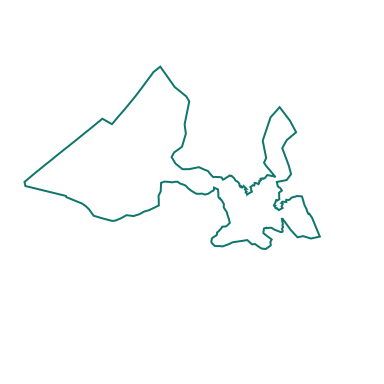 Ijebu Ode, Ogun, Nigeria (Natural Earth projection), rotated 139°
{"feature_id": "59680162B95372959647234", "entity_name": "Ijebu Ode", "entity_type": "district", "adm_level": 2, "iso_a3": "NGA", "parent_name": "Nigeria", "parent_adm1": "Ogun", "projection": "natural_earth1", "projection_center": [3.928, 6.783], "detail": "fine", "context": "isolated", "style": "outline", "palette": "teal", "viewbox_px": 384, "rotation_deg": 139, "n_neighbors": 0, "source": "geoboundaries", "source_scale": "gbopen_adm2", "svg_char_len": 5803}
<svg xmlns="http://www.w3.org/2000/svg" viewBox="0 0 384 384"><g transform="rotate(139 192 192)"><path d="M206.9,133.3L204.5,130.8L197.9,128.3L194.5,127.5L181.8,119.4L181.1,113.2L178.6,111.4L177.7,107.6L176.6,103.7L173.7,100.6L167.7,100.0L167.0,100.8L165.8,102.7L164.3,103.4L163.0,103.9L164.3,109.8L165.1,114.1L164.5,114.8L163.2,115.9L161.6,117.2L161.2,117.2L159.2,116.2L159.3,115.6L157.1,114.2L155.9,113.3L155.4,112.6L154.9,110.7L154.6,109.8L153.5,107.6L152.2,105.2L151.7,104.1L150.9,103.2L150.5,102.9L150.2,102.7L149.8,102.7L149.5,102.8L149.0,103.3L148.6,104.2L148.4,105.0L147.5,105.4L146.7,105.7L146.1,105.8L145.9,107.3L145.0,108.0L144.4,108.2L143.1,110.7L141.8,112.7L141.5,112.4L141.2,112.3L142.4,98.7L142.1,88.6L137.1,85.8L132.7,78.8L124.8,74.5L118.3,93.8L117.7,98.7L118.6,99.0L118.1,100.6L117.6,102.5L116.9,103.5L115.7,108.3L111.9,116.5L115.6,120.3L116.7,120.5L118.4,121.5L120.5,122.4L121.0,122.4L121.7,122.3L122.1,122.3L122.6,122.3L123.1,122.2L123.6,122.2L124.0,122.4L124.3,122.7L124.7,123.0L125.2,123.5L126.0,124.3L126.5,123.8L127.4,122.6L128.2,123.5L128.8,124.1L129.6,124.9L130.0,125.2L130.4,125.3L130.7,125.3L131.0,125.3L131.4,125.1L131.7,125.0L131.9,125.0L131.3,123.5L132.4,122.9L133.0,122.7L133.9,122.3L134.1,120.5L136.0,120.9L137.5,121.2L138.3,121.3L138.4,121.8L138.5,122.7L138.5,123.5L138.6,124.2L139.2,124.2L139.4,125.1L139.1,125.2L139.1,126.0L139.1,127.6L138.4,127.4L138.7,128.2L138.3,128.4L137.8,128.6L137.4,128.8L136.8,129.0L136.6,129.1L136.2,129.2L135.9,129.4L135.5,129.7L135.2,129.9L134.6,130.2L134.2,130.4L133.6,130.7L133.4,130.5L133.2,129.9L133.1,129.5L132.8,129.5L132.4,129.5L132.2,129.4L131.6,129.4L131.3,129.4L130.9,129.2L130.2,130.1L129.4,131.2L128.2,132.5L127.3,133.6L126.9,134.3L125.7,134.4L124.7,134.2L124.3,134.1L123.2,134.1L122.9,136.2L122.8,137.4L123.3,138.3L123.4,139.5L123.5,140.1L121.4,143.9L112.7,138.9L105.5,140.5L101.7,148.3L98.7,156.2L95.1,165.9L86.5,169.0L74.2,168.8L71.3,181.6L70.2,198.5L83.8,196.8L105.0,184.3L113.7,169.0L118.4,166.9L118.9,163.3L119.2,148.4L120.7,151.5L121.4,151.8L121.7,152.4L123.2,154.2L124.0,155.4L124.8,155.3L125.7,155.1L126.4,155.0L127.1,154.9L127.7,154.7L128.3,154.8L128.9,155.0L129.5,155.2L129.4,155.5L129.5,155.8L129.9,155.9L130.0,156.0L130.5,156.2L130.6,156.3L130.6,156.5L130.9,156.7L131.0,156.8L131.3,156.8L131.5,156.9L131.6,156.7L131.8,156.4L132.2,156.3L132.2,156.1L132.3,155.7L132.6,155.7L133.0,155.8L133.3,155.8L133.7,155.6L133.9,155.8L134.0,156.0L134.2,155.8L135.7,154.6L136.1,154.4L136.7,154.3L136.8,154.7L136.9,155.2L137.6,156.2L138.0,156.8L138.3,157.2L138.8,157.8L139.5,157.1L140.0,156.6L140.5,156.2L140.8,156.1L140.9,156.3L141.0,156.3L141.3,156.8L141.6,157.0L141.8,157.3L142.1,157.3L142.6,157.3L142.9,157.3L143.1,157.3L143.4,157.3L143.6,157.3L143.8,157.3L144.0,157.3L144.4,157.3L144.7,157.4L144.9,156.5L145.1,156.0L145.3,155.5L145.9,154.9L146.2,154.5L146.3,153.8L146.6,152.9L147.3,153.1L148.0,153.2L148.4,153.3L149.0,153.4L149.6,153.6L150.1,153.6L150.8,153.8L151.3,153.8L151.5,153.9L151.8,153.9L151.7,154.0L151.8,154.3L151.8,154.6L151.8,155.0L151.8,155.5L151.8,155.8L151.8,156.2L151.8,156.5L151.7,156.6L150.9,156.4L150.6,156.4L150.6,156.5L150.7,156.8L150.7,157.1L150.6,157.4L150.6,157.6L150.5,157.9L150.4,158.3L150.3,158.6L150.2,158.9L150.2,159.3L149.5,159.1L149.1,159.0L148.9,159.0L148.8,158.9L148.8,159.5L148.9,160.2L148.9,160.7L149.0,161.7L149.1,162.2L149.1,162.7L150.4,162.5L151.2,162.4L151.3,162.5L151.3,163.0L151.3,163.4L151.2,163.9L151.2,164.0L151.5,163.9L151.8,163.9L152.1,163.9L152.2,164.5L151.9,164.5L151.8,164.9L151.8,165.3L151.7,165.6L151.7,165.9L151.6,166.2L151.4,166.4L151.3,166.5L151.1,166.8L150.9,167.1L150.9,167.5L150.8,167.9L150.8,168.4L150.8,169.4L150.9,170.3L151.4,171.0L151.6,172.1L151.4,173.2L151.2,174.4L151.2,175.3L151.3,176.4L151.5,177.6L151.6,178.4L152.0,178.7L152.6,179.0L152.8,179.3L152.8,179.7L154.8,180.0L156.9,180.3L158.5,180.5L159.9,180.8L160.6,181.0L160.3,182.2L160.1,183.5L161.0,184.7L164.6,188.2L166.2,189.3L166.4,192.2L166.2,197.4L167.9,200.6L170.5,206.2L179.1,211.1L184.2,215.4L185.8,224.3L184.5,231.7L179.6,233.6L169.9,232.7L158.4,240.0L153.2,247.9L134.6,262.2L133.6,267.9L136.2,282.5L133.7,307.4L142.7,307.8L144.5,307.3L163.1,303.2L171.8,301.4L188.3,298.6L197.1,297.4L207.9,295.7L210.9,304.2L211.6,306.1L218.3,306.3L222.7,306.4L229.1,306.6L231.0,306.7L250.3,307.4L267.9,308.2L275.3,308.4L290.5,309.0L300.3,309.3L311.8,309.5L313.8,305.8L289.7,271.7L290.2,270.5L282.5,255.3L281.5,251.2L281.0,246.2L281.2,245.6L281.8,238.6L277.1,231.2L271.2,222.5L268.6,220.7L263.3,218.9L256.7,217.5L254.3,214.9L251.9,212.2L246.1,209.7L241.2,208.7L236.2,206.4L225.9,203.6L222.0,208.2L219.8,211.1L215.2,213.0L209.3,219.2L205.8,217.8L204.6,216.6L203.3,215.3L202.1,213.9L200.4,212.1L198.5,211.1L196.1,209.2L195.7,207.0L194.9,205.3L193.3,202.6L192.5,200.3L192.6,198.1L191.7,193.3L189.9,187.9L188.2,186.3L185.3,184.0L183.9,181.6L181.0,180.1L178.7,179.8L177.3,179.6L176.3,179.5L175.7,179.2L175.1,179.1L174.5,179.1L173.9,179.4L172.5,180.8L172.4,180.6L172.2,180.2L172.0,179.7L171.8,179.2L171.5,178.6L170.7,177.0L171.3,176.2L171.7,175.5L172.1,175.0L172.7,174.2L173.2,173.4L173.8,172.8L174.5,172.0L175.0,171.5L175.2,171.1L175.3,170.7L175.4,170.4L175.4,169.9L175.5,169.3L175.5,168.8L174.9,168.7L175.0,168.3L175.0,168.1L175.1,167.8L175.2,167.7L175.3,167.2L175.2,166.8L175.0,166.4L175.9,161.9L178.2,159.5L179.0,153.9L180.5,150.8L181.9,147.3L183.7,143.9L187.8,143.6L189.3,143.9L190.0,144.5L190.7,145.1L191.3,145.5L192.0,146.0L192.4,145.8L192.7,145.6L193.1,145.5L193.8,145.4L194.5,145.3L195.1,145.2L195.4,145.2L196.2,145.1L196.8,145.0L197.2,144.9L197.7,144.9L198.1,144.9L198.8,144.9L199.3,145.0L199.6,145.0L200.3,144.3L201.0,143.6L201.7,143.3L202.7,143.3L203.8,143.6L206.5,144.0L207.8,143.6L210.0,141.9L210.5,140.6L210.3,136.5L209.3,135.5L208.3,134.4L206.9,133.3Z" fill="none" stroke="#0f766e" stroke-width="2"/></g></svg>